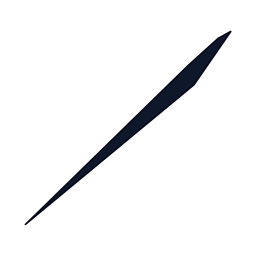 outline of Manihiki, rotated 87°
{"feature_id": "COK-4961", "entity_name": "Manihiki", "entity_type": "state/province", "adm_level": 1, "iso_a3": "COK", "parent_name": "Cook Islands", "parent_adm1": "", "projection": "equal_earth", "projection_center": [-160.98, -10.397], "detail": "fine", "context": "isolated", "style": "filled", "palette": "ink", "viewbox_px": 256, "rotation_deg": 87, "n_neighbors": 0, "source": "natural_earth", "source_scale": "10m", "svg_char_len": 232}
<svg xmlns="http://www.w3.org/2000/svg" viewBox="0 0 256 256"><g transform="rotate(87 128 128)"><path d="M68.6,64.6L43.2,33.4L36.7,20.0L88.3,59.8L219.3,236.0L68.6,64.6Z" fill="#0f172a" stroke="#020617" stroke-width="1.5"/></g></svg>